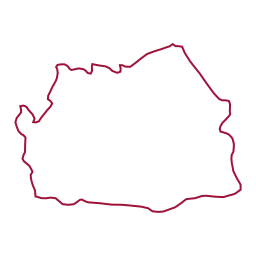 the district of Karelichy, Grodno, Belarus
{"feature_id": "67162791B39609385147896", "entity_name": "Karelichy", "entity_type": "district", "adm_level": 2, "iso_a3": "BLR", "parent_name": "Belarus", "parent_adm1": "Grodno", "projection": "orthographic", "projection_center": [26.2, 53.507], "detail": "fine", "context": "isolated", "style": "outline", "palette": "rose", "viewbox_px": 256, "rotation_deg": 0, "n_neighbors": 0, "source": "geoboundaries", "source_scale": "gbopen_adm2", "svg_char_len": 1922}
<svg xmlns="http://www.w3.org/2000/svg" viewBox="0 0 256 256"><path d="M35.5,196.5L37.0,196.8L41.3,198.1L46.0,198.3L50.5,197.6L55.6,198.2L59.1,201.2L62.7,204.2L68.5,204.8L73.9,204.2L76.3,202.5L79.9,199.9L81.6,199.5L86.8,202.0L89.3,202.4L100.7,203.3L111.2,204.6L122.4,204.8L132.2,205.7L141.5,206.7L148.3,208.3L152.4,211.3L158.4,211.9L163.5,211.5L172.6,208.2L174.9,207.4L180.4,203.7L186.3,199.1L195.0,198.2L202.3,195.9L206.8,195.8L215.1,196.7L220.9,197.0L223.3,197.1L234.7,193.9L240.6,189.7L240.6,184.7L236.9,178.3L233.3,171.0L232.7,167.5L231.8,163.0L231.4,158.7L231.7,154.9L233.4,151.8L233.9,145.6L233.7,143.0L232.4,138.5L231.3,137.0L229.0,134.6L226.4,133.3L222.8,132.2L220.6,131.7L219.7,129.0L220.6,126.0L222.4,122.9L225.8,119.5L228.9,116.1L230.2,114.2L229.8,111.3L230.0,106.6L230.0,104.0L228.9,101.0L225.7,100.3L222.1,100.3L219.2,99.0L216.5,96.2L213.7,93.1L209.0,86.7L204.4,80.3L199.7,73.4L195.0,67.6L190.0,61.2L184.8,53.0L182.1,46.7L177.8,46.1L175.5,46.1L172.6,44.1L169.7,46.3L166.4,47.3L161.5,49.1L154.9,51.1L147.1,54.0L141.0,58.5L135.0,63.3L130.2,66.8L125.3,66.6L122.3,65.2L119.9,65.2L120.7,68.7L120.4,71.7L117.2,72.8L112.3,70.9L109.4,68.2L105.3,66.3L100.7,65.7L96.1,64.9L92.3,64.1L91.8,67.4L92.1,70.6L90.7,73.6L87.7,73.0L85.6,70.6L83.4,69.2L78.8,68.4L75.0,69.2L71.5,70.0L69.6,68.9L67.8,66.2L64.5,64.3L61.3,64.3L57.5,64.9L56.1,67.0L57.2,68.9L57.7,73.0L56.9,78.1L55.6,81.3L52.6,86.5L50.4,91.3L48.2,95.7L47.9,99.2L50.6,101.1L52.2,103.5L50.3,106.8L47.1,110.3L43.3,115.1L41.1,117.8L38.9,121.3L35.7,122.4L33.2,122.1L34.1,120.0L34.6,118.6L32.5,114.3L28.7,110.2L26.5,106.9L23.6,105.6L20.3,106.1L21.1,109.9L21.1,112.3L19.2,114.8L16.7,118.0L15.4,122.1L16.7,126.7L18.6,131.3L21.5,134.3L23.4,135.1L25.5,137.5L25.1,145.6L25.1,149.1L24.9,152.4L23.5,155.0L22.5,158.7L24.0,161.4L29.2,165.6L31.6,169.8L32.5,171.9L30.7,174.7L30.9,178.1L31.6,181.3L32.8,185.3L35.0,190.3L35.5,196.5Z" fill="none" stroke="#9f1239" stroke-width="2"/></svg>